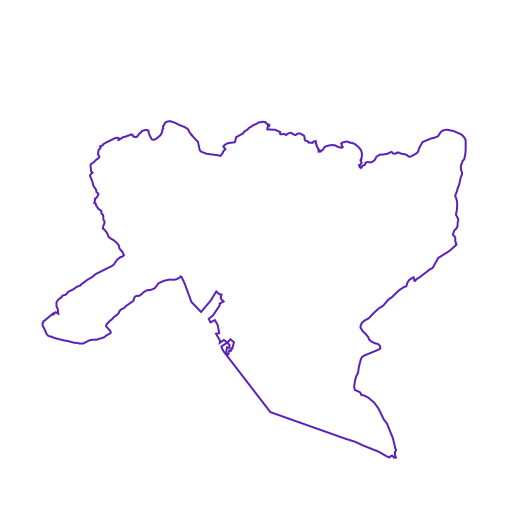 Rokan Hulu, Riau, Indonesia (Mercator projection), rotated 103°
{"feature_id": "22746128B35208725321264", "entity_name": "Rokan Hulu", "entity_type": "district", "adm_level": 2, "iso_a3": "IDN", "parent_name": "Indonesia", "parent_adm1": "Riau", "projection": "mercator", "projection_center": [100.261, 0.893], "detail": "fine", "context": "isolated", "style": "outline", "palette": "violet", "viewbox_px": 512, "rotation_deg": 103, "n_neighbors": 0, "source": "geoboundaries", "source_scale": "gbopen_adm2", "svg_char_len": 6090}
<svg xmlns="http://www.w3.org/2000/svg" viewBox="0 0 512 512"><g transform="rotate(103 256 256)"><path d="M419.1,92.5L421.9,83.2L422.2,80.5L420.6,79.6L419.9,78.3L421.5,76.0L421.0,74.9L421.2,73.5L420.7,74.6L418.7,75.8L415.5,76.5L413.5,75.8L412.5,76.8L402.8,81.6L389.8,90.7L386.6,94.6L377.0,102.4L372.2,108.0L368.7,114.8L367.6,119.5L367.7,122.1L366.3,123.0L365.3,124.3L364.3,129.5L361.4,131.0L354.9,131.5L350.7,131.3L347.0,130.3L340.7,130.8L332.9,130.6L330.7,130.0L328.5,127.9L320.5,116.7L318.6,114.3L318.0,114.1L315.6,115.1L314.3,117.3L314.2,121.1L313.2,124.8L312.1,126.8L309.6,128.6L307.5,131.4L305.1,135.3L302.5,137.9L301.0,138.4L297.6,137.9L296.0,136.9L294.5,135.7L291.3,132.1L285.6,128.8L279.5,124.6L275.8,120.9L269.8,117.8L267.5,116.2L266.1,114.7L257.1,108.8L253.0,104.9L251.7,102.7L247.9,102.5L244.7,101.2L241.3,97.8L243.4,96.5L244.4,96.3L244.5,95.4L242.5,94.4L239.5,91.4L230.0,83.7L227.9,81.2L216.9,78.0L207.7,68.8L199.9,63.2L199.2,64.1L198.0,64.1L196.8,65.2L193.5,65.9L191.9,67.2L191.6,68.4L190.7,69.0L186.7,68.6L183.9,66.8L183.2,66.9L182.0,66.3L178.5,67.0L175.7,66.9L173.9,67.8L170.7,70.5L166.0,70.6L160.1,71.6L156.5,72.9L152.4,75.5L147.5,74.8L144.1,74.7L141.1,74.1L134.2,74.2L129.7,73.7L128.4,74.0L125.7,75.7L121.7,76.8L119.9,76.3L116.7,76.0L114.9,74.9L109.7,75.0L105.8,75.5L95.9,77.8L93.6,79.8L92.2,81.7L91.3,83.6L89.8,91.5L90.0,98.3L90.7,100.3L92.0,102.4L93.8,104.0L97.8,105.3L98.8,106.1L100.9,109.2L100.6,109.3L100.9,109.3L102.0,111.7L107.5,119.4L114.9,121.4L117.5,121.5L119.4,122.3L123.7,126.8L124.7,128.6L124.7,129.7L123.9,131.2L123.3,134.0L123.7,137.1L123.0,140.6L123.9,141.7L123.8,142.2L124.7,142.8L125.3,144.2L125.2,145.6L124.4,146.6L124.2,147.6L127.2,151.5L127.3,152.4L128.7,155.2L129.2,157.8L132.1,161.0L135.3,161.7L137.4,163.1L138.6,164.6L139.1,165.8L139.4,168.5L140.2,170.0L140.5,170.3L142.5,170.3L144.3,172.7L145.0,172.7L145.5,173.4L146.2,173.1L146.6,173.5L146.2,174.8L145.2,175.1L144.8,175.9L144.0,175.9L143.3,174.8L141.3,174.1L141.0,174.5L139.6,175.1L139.5,175.6L139.1,175.8L138.0,175.1L137.8,175.4L135.3,175.2L131.5,176.1L128.9,177.9L126.7,180.7L124.5,185.4L124.2,188.6L124.6,190.3L124.1,190.9L124.0,191.6L124.1,193.6L125.0,195.4L125.8,197.0L127.2,198.3L129.4,196.9L130.0,196.1L130.9,196.2L131.3,197.2L131.3,200.3L130.4,203.9L130.9,207.4L132.5,211.0L134.2,213.6L137.8,214.9L138.5,215.8L139.7,216.5L140.3,218.5L139.6,218.7L138.5,218.1L137.7,219.7L136.7,220.0L135.9,221.2L134.5,221.7L134.2,222.2L133.6,222.2L132.9,223.2L132.2,222.9L131.5,223.4L130.7,223.6L131.4,225.6L133.3,226.7L133.2,228.2L133.7,230.1L132.5,231.6L132.4,233.9L131.9,234.5L131.4,234.9L129.7,235.2L128.0,236.3L126.7,240.5L127.2,242.7L129.3,244.7L129.0,247.3L128.1,249.2L128.3,250.6L130.0,252.9L131.3,253.7L130.8,256.4L131.7,258.5L131.8,259.7L131.4,260.2L129.8,260.3L128.7,265.7L130.1,273.5L126.9,273.7L126.6,272.4L125.1,272.6L124.7,275.6L123.4,276.8L123.8,278.0L123.5,278.6L123.7,279.9L124.5,280.9L124.6,281.9L125.2,283.4L126.4,284.4L130.1,289.2L131.2,289.8L132.1,291.1L135.5,293.3L136.9,295.1L139.6,296.3L144.6,302.0L149.9,302.2L152.5,309.0L154.8,311.5L156.2,312.3L157.0,312.3L158.4,310.1L159.1,309.8L160.8,311.2L163.7,311.8L166.5,313.2L166.4,316.0L167.5,327.0L166.8,332.4L165.8,334.5L157.9,338.2L153.3,345.1L152.8,345.3L152.7,346.1L152.2,346.2L150.9,348.1L147.5,351.2L146.4,354.7L145.5,360.7L144.5,364.5L143.9,370.0L145.1,372.9L146.6,374.6L149.3,375.0L150.4,375.8L151.4,375.6L152.3,375.0L153.9,375.7L156.4,375.3L159.8,376.3L163.7,379.1L165.5,381.2L165.9,381.9L165.7,383.8L162.8,386.5L159.7,388.4L158.0,389.0L157.8,390.7L158.2,392.3L160.0,395.4L161.6,395.9L163.1,397.3L165.3,398.1L167.0,399.2L167.4,401.5L166.6,402.5L166.5,403.5L166.3,403.8L166.0,403.5L165.6,404.0L165.7,405.3L167.6,407.6L167.9,408.7L168.8,409.2L169.4,411.0L170.1,412.2L173.8,415.8L173.9,416.1L172.3,416.0L171.9,417.1L172.5,419.3L178.8,427.2L181.4,430.0L182.6,430.2L184.3,432.7L185.3,431.9L186.1,431.9L188.1,433.3L192.7,432.7L193.9,431.4L194.9,431.0L196.1,431.5L198.0,433.2L201.4,435.4L203.7,437.6L204.8,437.7L210.8,435.6L211.6,434.0L213.5,435.4L215.0,435.9L219.8,432.5L224.5,430.0L227.2,426.9L229.6,425.8L230.7,423.6L231.5,423.4L234.7,424.3L235.7,424.9L236.3,425.8L236.9,425.5L240.8,425.4L240.7,424.2L242.5,423.3L245.7,420.0L246.3,417.8L247.0,416.8L249.5,416.0L250.2,414.5L251.2,413.9L255.1,412.8L256.3,411.4L258.5,411.0L260.4,411.5L263.7,411.5L264.4,409.6L266.4,407.1L268.5,405.2L270.2,404.2L271.5,402.0L272.8,397.8L274.1,395.3L276.3,392.3L277.5,391.5L278.9,391.1L281.0,388.8L281.6,387.5L285.0,384.9L286.8,386.2L287.3,387.5L289.9,389.8L292.0,391.0L296.3,392.6L298.2,394.2L309.6,408.1L313.2,410.8L317.4,415.2L323.1,420.0L324.5,420.7L325.2,422.1L327.3,424.7L328.8,425.7L333.2,430.9L335.9,432.2L336.6,432.9L338.1,435.5L339.2,436.1L340.3,436.2L340.7,437.1L343.3,439.0L345.9,440.0L348.6,439.4L350.2,438.9L352.3,437.2L356.7,435.7L355.8,438.5L358.4,440.3L357.6,440.7L367.4,448.2L368.4,448.7L369.6,448.5L370.2,448.8L371.9,448.2L375.5,445.1L378.9,442.7L380.3,440.9L380.8,438.9L380.5,436.9L381.2,434.9L381.5,423.2L381.2,422.2L381.4,413.1L380.9,411.0L381.0,408.3L380.3,405.0L375.4,399.0L374.3,396.2L373.4,392.5L369.5,385.9L366.7,383.5L364.0,380.4L362.7,380.4L361.3,381.8L358.2,386.3L356.3,386.3L351.9,383.7L350.4,382.3L347.1,380.5L345.5,378.9L342.8,377.0L340.7,376.7L338.8,375.8L336.0,372.5L334.1,371.5L327.1,365.3L323.6,365.1L322.5,364.5L321.5,362.9L321.4,361.3L319.0,358.9L317.3,358.0L315.0,355.8L313.7,354.1L313.1,351.5L310.9,348.3L309.8,347.2L304.4,344.8L303.7,343.9L300.7,339.8L298.6,335.4L297.6,330.7L296.6,328.3L294.1,325.4L292.9,325.0L293.4,323.6L299.1,319.2L315.3,308.6L322.9,296.9L309.8,290.2L299.5,286.7L301.5,283.1L301.3,281.0L304.9,281.0L306.2,279.8L307.6,277.4L310.6,280.8L312.1,280.2L323.5,284.5L327.8,287.9L330.9,285.5L327.7,281.6L331.9,277.8L339.4,274.5L340.8,277.4L346.6,272.0L348.8,271.8L345.0,268.4L346.8,264.4L351.9,269.4L353.5,268.5L356.3,266.0L404.9,206.9L413.8,129.2L414.7,117.8L416.7,108.2L419.1,92.5ZM346.8,264.4L342.9,262.2L345.0,258.1L351.7,258.3L351.7,259.3L354.1,259.2L354.2,260.9L358.0,260.9L358.0,263.3L351.5,263.7L351.6,261.6L349.0,261.6L346.8,264.4Z" fill="none" stroke="#5b21b6" stroke-width="2"/></g></svg>